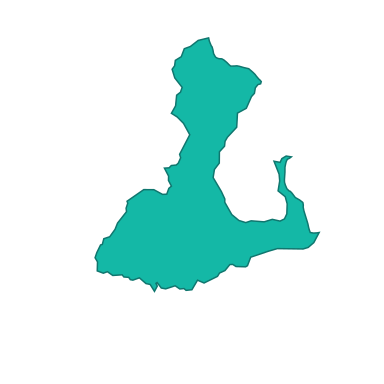 outline of Resen, Resen, North Macedonia, rotated 231°
{"feature_id": "65306769B70601166108403", "entity_name": "Resen", "entity_type": "district", "adm_level": 2, "iso_a3": "MKD", "parent_name": "North Macedonia", "parent_adm1": "Resen", "projection": "natural_earth1", "projection_center": [21.03, 41.035], "detail": "fine", "context": "isolated", "style": "filled", "palette": "teal", "viewbox_px": 384, "rotation_deg": 231, "n_neighbors": 0, "source": "geoboundaries", "source_scale": "gbopen_adm2", "svg_char_len": 2346}
<svg xmlns="http://www.w3.org/2000/svg" viewBox="0 0 384 384"><g transform="rotate(231 192 192)"><path d="M80.5,265.3L81.5,263.5L83.6,260.6L86.1,258.4L88.7,259.3L91.0,260.3L94.1,261.9L96.7,263.0L101.2,264.8L106.9,267.1L110.3,268.9L111.7,270.2L112.5,270.7L114.0,271.5L114.8,271.4L118.1,270.6L122.7,268.8L125.6,268.9L128.2,269.0L130.7,268.8L131.5,268.2L134.8,267.8L138.6,268.9L141.3,270.0L143.3,271.5L145.9,273.9L148.8,276.6L152.8,279.9L155.2,282.8L156.3,284.3L157.1,285.9L157.4,287.0L157.0,288.2L156.8,289.9L156.8,291.3L160.7,287.8L161.4,282.9L159.6,279.1L164.3,275.1L151.0,270.9L145.4,267.1L138.7,259.6L129.7,261.5L122.9,258.5L115.3,251.9L112.9,246.9L114.0,242.1L120.2,237.2L123.4,229.3L132.4,219.8L134.4,214.5L140.4,210.5L149.4,208.7L163.4,211.0L165.9,213.1L173.8,215.1L189.9,217.5L195.4,223.6L197.3,231.4L206.0,238.6L207.1,246.1L210.6,249.6L212.3,254.1L214.2,267.5L224.7,277.0L222.9,286.9L228.7,298.2L229.4,302.6L233.1,306.8L234.0,310.8L232.9,313.4L234.2,315.3L236.1,315.3L237.6,315.0L241.8,314.9L243.5,315.0L246.5,314.7L252.1,313.7L256.2,310.5L259.9,307.9L261.8,306.3L263.4,304.0L265.5,301.3L267.5,300.9L270.7,300.6L274.4,299.9L276.7,299.0L278.7,296.8L280.1,295.9L281.6,295.3L282.4,295.2L283.9,295.5L285.7,295.8L286.4,296.1L289.1,297.6L292.0,298.9L293.6,299.0L297.3,300.1L298.7,300.6L301.3,301.9L305.9,292.2L306.1,282.3L308.2,276.2L303.9,268.8L304.8,261.9L301.0,257.9L299.9,253.8L291.5,250.4L279.5,250.2L276.8,245.8L276.9,241.0L269.3,233.5L266.1,225.5L259.7,227.7L250.7,228.6L237.9,226.3L229.1,206.1L225.7,204.7L223.0,199.4L222.9,196.7L225.6,192.6L225.2,189.4L227.9,185.6L219.1,183.8L215.8,181.0L209.5,179.7L209.4,176.3L206.2,171.0L208.7,167.6L217.8,163.8L224.2,156.0L225.7,135.7L223.7,135.0L220.9,130.6L217.9,128.7L214.7,114.6L211.4,108.7L209.0,99.9L211.2,94.1L207.7,89.3L208.4,87.6L204.8,79.9L201.9,75.3L197.2,74.6L190.3,68.7L184.7,72.0L183.3,76.1L177.0,77.9L171.6,85.6L168.8,85.6L165.5,89.1L162.7,88.9L160.7,90.6L158.4,97.1L149.8,98.6L146.5,101.3L138.4,100.3L140.7,105.8L143.7,106.5L143.6,107.9L136.7,107.7L133.3,110.6L129.7,119.9L124.3,121.5L122.0,125.0L119.3,125.5L116.1,130.4L120.0,140.8L113.7,144.1L110.4,158.7L111.7,162.4L110.2,168.2L111.8,175.7L110.1,178.1L106.4,179.3L100.1,186.6L99.8,188.7L104.4,196.6L97.9,214.1L94.3,222.7L77.8,242.5L75.8,247.4L76.0,254.8L80.5,265.3Z" fill="#14b8a6" stroke="#0f766e" stroke-width="1.5"/></g></svg>